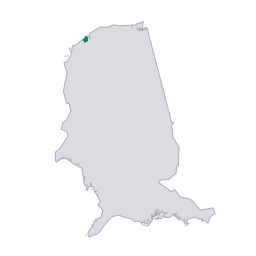 Santa Clara, California, United States of America shown in context, rotated 83°
{"feature_id": "52423323B90997065310094", "entity_name": "Santa Clara", "entity_type": "district", "adm_level": 2, "iso_a3": "USA", "parent_name": "United States of America", "parent_adm1": "California", "projection": "albers", "projection_center": [-121.672, 37.189], "detail": "fine", "context": "in_parent", "style": "filled", "palette": "teal", "viewbox_px": 256, "rotation_deg": 83, "n_neighbors": 0, "source": "geoboundaries", "source_scale": "gbopen_adm2", "svg_char_len": 4361}
<svg xmlns="http://www.w3.org/2000/svg" viewBox="0 0 256 256"><g transform="rotate(83 128 128)"><path d="M206.4,74.5L218.4,66.1L217.6,53.1L223.2,52.0L227.0,58.0L232.2,60.3L228.4,64.7L228.8,66.0L227.2,65.1L227.4,68.2L224.7,72.1L225.7,79.8L229.4,81.1L230.7,79.9L229.6,79.0L230.4,79.3L231.2,80.5L227.6,83.9L226.0,82.9L226.6,85.1L222.0,88.3L219.7,92.9L219.3,91.2L218.5,90.5L219.3,94.5L220.6,94.5L221.8,97.5L221.2,102.6L217.3,101.8L217.7,98.6L216.7,101.2L218.8,103.4L220.7,104.3L221.8,105.8L221.6,113.6L220.7,109.2L216.3,107.0L216.0,102.3L214.1,104.8L217.8,109.9L214.5,109.5L213.7,110.1L213.6,108.0L213.3,107.5L213.1,109.3L213.7,110.5L218.6,110.7L218.2,112.1L215.6,111.0L214.7,111.0L218.0,112.3L219.2,112.3L219.4,114.0L217.7,113.5L220.6,114.7L220.3,115.2L218.8,114.6L216.2,115.3L220.2,115.8L222.0,114.8L226.4,119.0L222.8,115.9L224.6,118.2L220.9,119.5L224.7,120.7L225.5,119.4L225.1,122.5L221.4,123.4L224.0,123.6L222.8,125.7L225.4,125.5L221.8,127.9L221.7,132.7L218.6,135.5L214.8,145.7L213.5,145.4L213.7,153.0L214.2,154.7L217.5,159.0L229.3,170.9L230.9,179.3L228.3,181.0L223.7,178.2L221.7,175.0L216.1,172.9L216.7,170.5L214.8,171.4L213.5,166.0L206.8,162.9L200.3,167.0L197.9,164.5L190.9,167.0L191.4,165.5L190.6,167.1L187.7,168.8L186.8,166.5L186.9,168.3L177.4,172.2L181.9,171.9L181.3,174.5L185.1,175.5L183.9,177.2L179.5,175.6L180.0,177.9L174.9,178.6L171.3,176.7L170.1,178.6L162.5,178.7L159.2,182.9L160.0,181.8L157.6,181.6L157.5,185.7L153.9,189.3L154.7,188.3L151.7,188.7L153.1,189.7L150.1,192.2L149.9,196.7L148.2,196.5L149.8,197.2L151.0,201.0L153.0,202.9L152.2,204.0L143.2,203.2L140.0,198.0L128.8,188.7L124.3,189.0L121.0,194.3L115.2,192.3L111.9,187.5L104.0,182.5L96.0,183.7L96.4,186.0L83.5,187.7L66.3,181.9L55.5,183.5L53.8,179.5L49.1,175.9L39.6,173.1L39.5,170.2L31.6,157.4L31.8,156.0L33.4,157.7L32.4,154.9L35.7,154.6L29.5,155.0L24.3,142.8L25.5,136.4L23.8,129.2L25.5,124.6L26.4,111.3L29.3,111.7L26.1,111.0L27.1,107.4L26.0,107.5L24.1,100.0L31.1,101.4L29.7,105.3L32.0,102.5L31.8,105.8L30.1,106.6L31.3,106.7L32.6,105.4L33.0,102.0L31.1,96.9L128.8,83.8L128.3,81.9L131.0,84.5L142.8,84.5L153.1,79.6L170.9,82.5L172.4,84.5L178.9,85.9L184.1,93.8L183.5,102.4L186.2,103.9L196.8,92.4L194.8,89.5L195.7,88.4L202.6,84.7L206.4,74.5ZM224.3,88.9L226.2,87.3L219.8,93.5L224.6,87.6L224.3,88.9ZM31.6,100.1L32.6,102.2L32.5,102.5L31.2,100.9L31.6,100.1ZM152.7,202.3L150.8,199.3L150.3,197.3L151.0,199.3L152.7,202.3ZM229.0,64.6L229.5,65.6L229.1,65.6L229.0,64.6ZM171.7,177.7L172.2,178.4L171.2,178.0L171.7,177.7ZM43.3,176.3L44.4,175.8L44.5,176.0L43.3,176.3ZM42.2,176.0L41.8,176.6L41.4,176.1L42.2,176.0ZM229.6,82.9L229.3,83.8L229.1,83.8L229.6,82.9ZM150.5,195.4L150.3,197.1L151.0,193.8L150.5,195.4ZM225.6,166.9L227.9,169.2L225.3,166.7L225.6,166.9ZM49.0,178.8L49.5,179.6L48.9,178.8L49.0,178.8ZM231.5,179.5L231.0,180.8L231.6,178.2L231.5,179.5ZM227.6,120.6L227.3,122.2L226.7,119.2L227.6,120.6ZM30.7,98.4L30.7,99.0L30.3,98.7L30.7,98.4ZM153.3,190.3L151.9,191.5L153.2,190.1L153.3,190.3ZM231.7,82.0L232.1,82.7L231.3,82.9L231.7,82.0ZM49.0,181.1L49.4,182.1L48.9,181.2L49.0,181.1ZM151.6,192.1L151.1,192.7L151.5,191.9L151.6,192.1ZM222.0,107.1L221.9,109.1L221.9,106.5L222.0,107.1ZM159.0,183.7L158.1,184.6L159.3,183.2L159.0,183.7ZM214.2,153.7L214.6,154.9L214.1,154.1L214.2,153.7ZM225.8,125.5L225.6,125.9L226.0,124.5L225.8,125.5ZM202.8,165.7L201.8,166.8L201.3,166.9L202.8,165.7ZM187.1,168.8L187.0,169.1L186.3,169.3L187.1,168.8ZM220.5,175.7L221.0,176.5L220.2,175.6L220.5,175.7ZM184.7,171.6L184.8,172.4L184.2,171.0L184.7,171.6ZM229.7,182.7L229.1,183.1L229.9,182.4L229.7,182.7ZM221.9,98.2L221.9,99.1L221.8,97.8L221.9,98.2ZM226.8,122.7L226.5,123.2L226.4,123.2L226.8,122.7Z" fill="#d9dde1" stroke="#a8b0b8" stroke-width="1"/><path d="M37.0,160.5L36.9,160.3L37.0,160.3L37.0,160.2L36.9,160.1L37.0,160.0L37.0,159.9L36.9,159.8L37.0,159.7L36.9,159.4L36.7,159.4L36.4,159.3L36.3,159.5L36.2,159.4L36.2,159.1L36.0,158.9L36.1,158.7L36.1,158.3L36.2,158.2L35.9,158.0L36.0,157.9L35.9,157.8L35.9,157.7L35.1,157.7L34.3,157.7L34.0,157.8L33.9,157.8L33.7,157.8L33.4,157.8L33.2,157.8L32.9,158.0L32.9,158.3L33.0,158.5L32.9,158.6L33.0,158.6L33.1,158.8L33.3,159.1L33.5,159.1L33.6,159.4L33.7,159.5L34.0,159.6L34.3,159.7L34.5,159.8L34.6,160.0L34.9,160.1L34.8,160.3L35.0,160.3L35.2,160.6L35.3,160.6L35.5,160.7L35.5,160.8L35.6,160.7L35.8,160.5L35.8,160.4L36.0,160.4L36.2,160.5L37.0,160.5Z" fill="#14b8a6" stroke="#0f766e" stroke-width="1.5"/></g></svg>